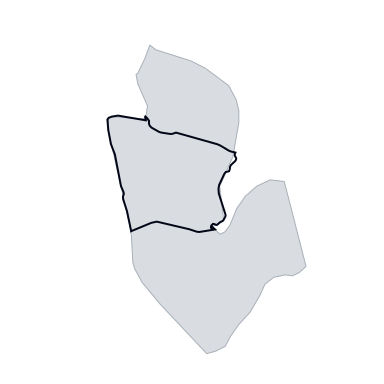 where Tadjourah sits in Djibouti, rotated 320°
{"feature_id": "DJI-1571", "entity_name": "Tadjourah", "entity_type": "Region", "adm_level": 1, "iso_a3": "DJI", "parent_name": "Djibouti", "parent_adm1": "", "projection": "equal_earth", "projection_center": [42.622, 12.035], "detail": "fine", "context": "in_parent", "style": "outline", "palette": "ink", "viewbox_px": 384, "rotation_deg": 320, "n_neighbors": 0, "source": "natural_earth", "source_scale": "10m", "svg_char_len": 1778}
<svg xmlns="http://www.w3.org/2000/svg" viewBox="0 0 384 384"><g transform="rotate(320 192 192)"><path d="M269.4,243.2L259.3,264.4L246.3,291.5L231.5,322.3L222.3,322.6L215.1,320.8L210.2,315.5L200.0,309.9L188.6,309.5L177.7,314.8L159.3,321.4L142.6,323.6L129.2,327.2L118.1,331.6L108.0,329.2L99.4,325.3L97.5,292.5L95.5,257.0L95.7,229.1L98.8,213.8L101.5,207.8L117.3,186.7L122.7,178.1L140.7,143.0L156.1,113.0L167.6,90.6L171.1,86.2L176.0,82.0L179.4,83.2L201.8,104.8L205.7,104.2L213.2,97.5L220.0,74.4L224.7,66.0L226.8,66.2L241.1,59.7L254.1,52.4L255.8,60.0L275.5,91.0L281.9,106.3L288.5,134.2L285.1,149.8L280.0,160.0L272.4,169.0L246.1,191.2L216.9,205.4L198.3,233.7L184.4,231.8L186.5,242.5L191.7,243.7L199.8,241.7L215.8,233.4L230.1,229.5L245.5,229.2L259.5,232.8L269.4,243.2Z" fill="#d9dde1" stroke="#a8b0b8" stroke-width="1"/><path d="M120.2,183.0L129.9,164.8L134.7,153.1L136.0,151.3L138.7,149.5L139.7,147.5L141.4,141.8L157.1,113.6L160.7,103.2L167.7,90.7L173.8,82.1L175.8,81.6L179.0,82.7L184.4,85.9L202.7,107.4L204.3,104.4L204.8,104.2L205.1,106.8L204.8,109.9L203.2,111.7L202.8,112.5L202.4,113.4L202.2,114.6L202.3,115.8L202.5,117.0L205.3,124.5L205.9,125.6L206.8,126.9L212.6,133.5L213.7,134.4L214.9,135.1L217.9,136.2L242.1,171.7L243.5,174.5L246.8,184.0L247.8,185.9L250.6,189.7L249.4,190.3L248.6,191.0L248.1,192.1L247.6,194.3L247.0,195.2L245.4,196.0L239.0,196.4L237.3,197.2L235.5,198.9L233.8,199.9L230.6,198.4L228.4,198.9L217.4,204.0L214.4,206.5L211.6,210.3L203.4,230.2L202.7,231.5L201.5,232.4L197.9,233.8L196.8,233.9L194.0,233.2L190.9,233.3L189.9,233.2L189.3,232.6L188.2,230.5L187.5,229.9L185.0,230.2L183.6,231.5L183.6,232.6L185.1,232.1L185.6,235.5L172.0,227.4L170.2,225.6L166.0,218.8L146.0,192.1L141.1,189.5L122.1,183.5L120.2,183.0Z" fill="none" stroke="#020617" stroke-width="2"/></g></svg>